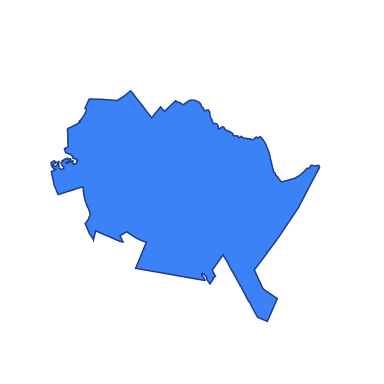 Oporelu, Olt, Romania, rotated 307°
{"feature_id": "2599482B23576568126019", "entity_name": "Oporelu", "entity_type": "district", "adm_level": 2, "iso_a3": "ROU", "parent_name": "Romania", "parent_adm1": "Olt", "projection": "equal_earth", "projection_center": [24.426, 44.579], "detail": "fine", "context": "isolated", "style": "filled", "palette": "blue", "viewbox_px": 384, "rotation_deg": 307, "n_neighbors": 0, "source": "geoboundaries", "source_scale": "gbopen_adm2", "svg_char_len": 5882}
<svg xmlns="http://www.w3.org/2000/svg" viewBox="0 0 384 384"><g transform="rotate(307 192 192)"><path d="M134.0,330.0L158.2,324.3L157.5,310.1L157.5,307.3L157.7,306.5L161.3,299.8L162.1,298.1L167.3,288.7L188.6,288.7L188.8,288.3L190.5,288.5L192.7,288.6L205.0,288.5L207.7,288.2L208.3,288.4L210.4,288.3L218.5,287.8L221.1,287.5L222.2,287.6L244.3,286.4L244.4,286.2L252.0,285.0L264.8,282.8L287.5,279.2L288.4,279.1L289.0,278.3L289.6,277.2L289.5,276.9L288.9,276.4L287.5,275.3L286.4,274.0L286.2,273.2L285.7,271.9L285.2,271.3L284.4,270.9L283.1,271.1L282.4,271.4L281.5,271.2L281.0,270.8L280.6,270.0L280.1,269.6L278.3,269.5L275.4,269.1L270.5,268.1L268.4,267.3L265.0,265.9L263.9,265.2L261.7,263.5L259.1,261.5L254.5,257.9L254.0,257.5L254.0,257.3L253.9,257.1L253.9,256.8L254.3,255.2L255.8,250.3L255.8,248.9L256.0,248.5L256.6,247.8L257.0,247.1L257.3,245.8L257.6,244.8L258.5,243.6L260.7,240.7L262.8,238.4L264.3,236.4L268.4,231.7L270.0,229.5L271.5,227.3L273.1,224.3L274.3,222.5L275.0,221.2L276.3,217.5L276.6,217.1L276.9,216.3L277.0,215.6L277.0,214.2L277.3,213.3L277.3,213.2L277.1,213.0L276.0,212.7L275.0,212.3L274.8,211.9L274.8,210.7L274.6,210.4L274.4,210.2L273.8,209.9L273.0,209.8L272.1,209.8L271.3,209.6L270.7,209.2L269.6,208.1L269.4,207.7L269.3,207.4L269.3,207.2L269.6,206.7L269.5,206.3L268.4,204.9L268.1,204.4L268.0,203.9L266.9,202.2L266.4,201.6L266.2,200.9L266.1,200.0L266.0,199.1L266.1,198.3L265.9,197.6L265.6,197.6L264.5,197.4L263.6,196.8L264.3,195.0L263.5,193.5L262.1,191.6L262.2,190.3L262.6,190.3L262.9,190.1L263.0,189.8L263.2,187.8L263.2,187.3L262.8,186.2L262.8,185.9L263.0,185.6L262.9,185.3L262.4,184.8L262.3,184.4L262.5,183.8L262.4,183.3L262.2,182.9L261.9,182.5L261.7,181.6L261.9,180.7L262.2,180.1L262.8,178.6L262.7,177.6L262.5,177.3L262.1,176.9L261.3,176.5L260.4,176.2L259.8,176.2L258.8,175.9L258.4,175.2L258.8,174.4L260.4,173.3L261.1,171.5L261.3,170.5L260.9,169.6L259.9,168.4L259.9,168.0L259.8,167.6L260.5,165.7L261.7,164.5L262.0,163.5L262.4,162.7L263.8,160.4L266.0,158.6L266.6,158.0L267.4,155.4L264.6,153.2L264.6,151.9L265.7,151.1L266.1,148.3L267.4,146.0L267.8,145.1L268.0,144.2L267.2,139.8L266.1,137.7L265.3,136.4L264.5,135.6L263.5,135.0L262.6,134.4L256.8,132.6L256.4,131.9L256.1,130.8L256.2,128.8L255.1,126.2L255.1,124.1L254.9,123.9L239.8,121.5L240.5,118.1L241.1,115.7L232.9,115.3L227.0,115.2L228.8,108.2L231.1,100.5L232.9,93.3L233.3,91.4L233.5,91.1L235.5,84.2L235.9,82.3L235.8,82.0L235.5,81.9L228.7,80.4L219.8,77.1L219.1,75.7L211.3,63.6L209.4,60.9L207.1,57.8L206.9,57.4L206.7,57.0L206.6,56.7L205.8,55.7L204.1,54.0L194.5,56.1L194.7,56.6L194.7,57.2L194.1,57.9L193.8,58.2L193.6,58.6L190.3,59.4L190.0,59.4L189.4,59.6L187.3,59.6L184.9,59.9L181.3,59.6L180.0,59.1L180.8,59.7L181.1,60.1L181.0,60.4L180.0,60.1L178.7,59.9L176.5,59.0L171.7,56.7L169.7,55.6L168.0,54.6L167.7,54.5L167.3,54.6L166.4,55.3L165.7,56.0L164.9,56.8L162.0,59.2L156.2,63.4L155.9,63.9L154.2,65.4L153.4,66.0L152.4,65.3L149.8,64.0L148.7,65.6L148.0,66.5L147.4,67.4L147.4,67.8L147.5,68.0L147.8,69.0L148.2,70.0L148.2,70.7L148.9,71.9L149.0,72.4L148.8,73.1L148.6,74.2L148.6,74.9L148.1,75.9L147.3,76.7L148.5,79.7L148.7,80.5L148.7,80.8L148.3,82.2L148.2,81.4L148.1,81.2L147.8,81.2L147.5,81.2L147.6,81.7L147.6,81.8L147.4,82.0L146.3,82.2L146.1,82.2L145.9,82.2L145.7,82.4L145.3,82.4L144.7,82.1L144.3,81.8L143.8,81.2L143.5,81.1L143.3,81.2L142.7,80.7L143.2,79.7L143.5,79.0L143.7,78.8L144.1,78.8L144.6,78.6L145.0,78.7L145.3,78.1L144.1,77.5L142.1,76.3L142.3,76.3L139.2,74.6L139.4,73.7L143.9,76.3L144.5,76.0L145.2,75.6L145.4,75.0L145.2,74.6L144.9,74.3L143.4,73.3L144.1,72.3L144.0,72.1L142.2,71.0L140.0,70.0L139.2,69.6L139.3,70.6L136.8,69.6L136.5,69.9L135.8,70.7L134.8,73.2L134.7,73.8L134.7,74.2L134.6,74.8L134.1,75.4L133.9,75.4L132.8,75.0L132.5,74.7L132.1,74.7L131.4,74.3L131.2,74.0L131.4,73.6L131.4,73.3L131.4,72.5L131.1,71.6L131.3,71.3L133.7,69.1L136.2,67.4L136.3,67.3L136.3,67.1L136.0,67.0L135.2,67.1L132.4,68.1L129.6,67.0L129.5,66.8L129.6,65.8L129.5,64.6L129.5,64.2L132.8,65.4L134.1,65.8L134.3,65.8L134.3,65.7L133.9,65.4L133.7,65.2L133.8,64.7L134.1,63.6L134.1,63.3L133.9,63.1L132.8,62.6L131.3,62.1L130.3,61.9L129.6,63.0L129.1,63.4L128.6,63.6L128.2,64.8L127.6,65.6L127.6,65.8L127.5,67.6L127.9,69.5L123.6,67.4L121.6,69.8L121.0,70.4L118.9,72.7L116.9,75.2L114.4,77.9L113.9,78.6L113.5,79.5L112.8,80.8L109.9,85.6L109.4,86.6L110.9,87.8L113.8,89.8L115.1,90.8L117.5,92.4L121.7,95.6L124.7,97.4L127.6,99.5L127.9,99.9L130.3,101.7L128.5,103.7L124.4,107.5L123.6,108.6L120.5,112.3L119.9,113.2L116.9,118.0L116.6,118.9L116.1,120.0L112.8,124.3L111.9,124.7L111.0,124.8L110.1,124.9L109.7,125.0L108.7,125.5L108.1,125.6L103.4,125.8L102.4,125.7L100.6,129.0L99.4,131.1L98.6,132.4L97.2,134.9L96.6,136.5L96.0,138.3L94.7,141.8L94.4,142.2L101.9,138.9L103.1,138.5L103.5,140.6L104.0,142.6L104.1,143.5L104.7,145.6L105.5,149.0L106.7,153.5L107.5,157.2L108.8,162.7L109.4,164.8L109.7,165.2L110.1,166.2L110.6,167.0L110.8,166.6L111.1,165.9L111.1,165.7L111.5,165.2L113.7,160.9L116.3,161.8L117.4,162.4L118.6,162.8L121.0,163.9L121.0,165.3L121.5,173.8L121.9,176.6L122.3,178.8L122.5,179.7L123.5,183.3L124.3,185.1L124.3,185.7L123.8,185.9L122.8,186.2L103.8,191.2L97.1,192.9L110.7,219.4L117.1,232.1L129.1,255.6L130.1,254.5L130.4,254.0L130.5,253.2L130.8,252.4L131.0,251.5L131.6,249.4L133.0,249.3L133.3,249.2L133.3,249.3L132.7,249.6L132.5,249.9L133.0,250.8L133.5,251.3L133.6,251.8L133.2,252.6L133.0,253.5L132.9,254.5L132.4,255.2L131.7,255.9L131.2,256.5L130.9,257.0L130.5,257.9L130.4,259.0L130.3,259.6L130.0,260.2L129.7,260.4L129.5,261.0L129.4,261.7L135.4,261.3L135.6,260.9L136.0,260.9L136.3,260.5L138.8,261.5L140.9,256.9L141.9,255.2L160.5,254.7L159.1,258.0L157.2,262.6L156.7,263.8L154.7,267.6L153.4,270.6L152.8,272.3L150.3,277.7L147.4,284.3L145.9,287.6L145.7,288.5L143.5,292.7L142.9,294.3L140.3,299.7L138.8,302.9L138.6,304.1L138.3,305.0L135.9,309.7L135.4,310.9L132.1,318.2L131.6,319.4L131.5,319.8L131.7,321.0L134.0,330.0Z" fill="#3b82f6" stroke="#1e3a8a" stroke-width="1.5"/></g></svg>